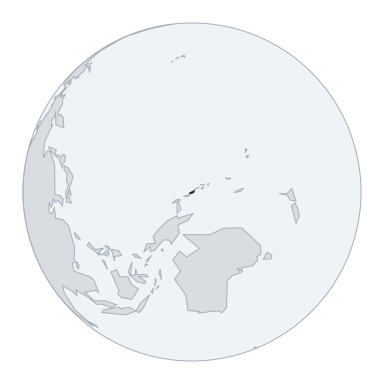 globe centered on Choiseul, rotated 297°
{"feature_id": "SLB-3508", "entity_name": "Choiseul", "entity_type": "Province", "adm_level": 1, "iso_a3": "SLB", "parent_name": "Solomon Islands", "parent_adm1": "", "projection": "orthographic", "projection_center": [157.196, -7.037], "detail": "fine", "context": "on_globe", "style": "filled", "palette": "slate", "viewbox_px": 384, "rotation_deg": 297, "n_neighbors": 0, "source": "natural_earth", "source_scale": "10m", "svg_char_len": 6596}
<svg xmlns="http://www.w3.org/2000/svg" viewBox="0 0 384 384"><g transform="rotate(297 192 192)"><circle cx="192" cy="192" r="169" fill="#eef3f6" stroke="#a8b0b8"/><path d="M254.9,220.1L255.0,221.3L254.8,221.5L254.9,220.1ZM333.1,99.0L329.8,94.4L318.2,80.3L302.2,64.2L305.4,66.8L301.2,63.1L297.0,59.8L295.3,58.7L275.1,45.6L259.9,39.8L259.4,41.4L256.1,38.8L258.1,44.7L252.6,46.2L256.2,42.6L254.5,40.9L249.4,40.6L246.6,38.9L242.6,38.0L239.7,36.1L242.0,34.8L240.2,33.7L236.7,33.7L231.6,32.2L237.0,32.4L228.7,30.0L231.0,28.5L247.7,32.6L247.1,32.3L258.6,36.7L269.7,42.0L280.4,48.0L290.7,54.8L300.4,62.4L309.5,70.6L318.1,79.5L325.9,89.0L333.1,99.0ZM309.1,124.3L307.8,120.7L310.3,122.9L309.1,124.3ZM305.8,118.5L306.5,119.7L305.7,118.7L305.8,118.5ZM304.4,117.8L305.4,118.3L304.4,118.1L304.4,117.8ZM302.7,117.3L303.6,117.4L303.5,117.6L302.7,117.3ZM299.6,115.5L298.8,115.0L299.5,114.7L299.6,115.5ZM294.9,58.6L297.2,60.0L302.0,63.8L300.5,62.8L294.9,58.6ZM285.4,52.3L285.7,52.2L290.3,55.5L288.7,54.5L285.4,52.3ZM259.7,43.2L262.0,43.4L260.7,43.9L259.7,43.2ZM242.5,38.2L242.8,38.8L240.6,38.1L242.5,38.2ZM234.1,34.8L230.5,33.7L234.6,34.5L234.1,34.8ZM228.7,33.0L220.0,31.0L219.7,32.0L215.5,28.6L224.3,31.1L229.4,31.8L227.4,32.1L228.7,33.0ZM214.6,27.4L212.8,26.9L215.1,27.2L214.6,27.4ZM161.0,25.9L163.3,25.5L163.8,25.7L157.9,26.9L167.9,26.1L167.7,27.5L169.8,26.8L176.0,26.7L176.2,26.2L177.7,25.9L193.7,26.8L195.9,27.7L205.2,28.4L206.3,28.2L205.2,27.5L215.5,28.6L219.7,32.0L217.0,32.2L221.5,34.6L214.8,35.0L211.3,36.8L201.4,36.6L199.5,38.6L201.5,39.4L200.3,43.0L191.2,48.6L189.9,40.4L201.9,33.7L196.2,35.8L194.9,34.5L191.3,34.8L187.6,36.7L188.7,37.4L169.5,37.9L155.3,44.0L162.6,44.4L163.8,47.2L154.0,57.2L127.7,70.9L129.0,76.9L126.9,80.7L120.8,82.6L123.8,77.0L120.6,74.8L123.2,71.7L114.4,73.7L117.8,69.4L109.3,73.6L108.9,77.1L115.4,76.5L106.6,82.7L108.9,89.5L105.5,97.8L89.2,112.7L78.1,117.5L76.6,120.4L74.1,117.3L67.9,123.2L70.1,139.6L69.0,144.5L60.3,154.3L60.6,150.6L54.0,142.2L50.6,154.2L55.5,163.8L57.2,175.8L52.4,172.3L51.0,162.0L48.7,158.7L50.9,148.1L52.0,133.3L47.3,136.6L49.2,130.6L49.9,119.3L44.1,124.0L33.8,141.5L29.8,157.4L27.4,165.1L30.6,143.6L35.3,129.1L34.4,131.1L34.9,129.7L39.8,118.6L45.5,107.8L51.9,97.5L59.1,87.7L67.0,78.4L75.5,69.7L84.6,61.6L94.2,54.2L104.4,47.5L115.0,41.6L126.1,36.4L137.4,32.1L149.1,28.6L161.0,25.9ZM80.4,317.4L82.9,319.2L82.9,319.7L80.4,317.4ZM88.9,203.8L93.2,204.6L93.1,205.4L88.9,203.8ZM84.3,201.0L89.0,201.3L83.7,202.8L84.3,201.0ZM90.9,201.4L95.7,199.9L97.8,198.7L97.5,200.3L90.9,201.4ZM81.3,201.1L65.8,201.2L60.1,199.3L61.1,196.3L70.3,196.7L81.3,201.1ZM60.7,196.2L52.4,188.6L43.6,166.3L46.7,166.3L56.4,179.3L55.7,181.8L60.7,188.0L60.7,196.2ZM82.0,180.6L81.3,188.2L72.5,187.6L68.6,186.5L66.0,177.0L67.4,172.2L70.5,172.2L84.0,156.0L88.4,160.0L83.8,166.7L87.5,173.1L82.0,180.6ZM29.8,158.8L29.4,167.9L28.4,169.9L29.8,158.8ZM90.9,145.1L84.5,151.9L90.7,142.9L90.9,145.1ZM95.4,136.8L95.1,140.2L93.4,136.8L95.4,136.8ZM75.2,124.9L71.9,125.8L72.5,123.5L77.1,121.0L75.2,124.9ZM102.9,105.2L100.4,111.6L98.9,113.8L98.6,109.8L102.9,105.2ZM166.0,25.1L165.0,25.2L164.2,25.3L166.0,25.1ZM224.8,286.8L229.0,288.9L225.3,293.8L219.3,298.4L211.3,298.9L224.8,286.8ZM168.3,292.8L164.4,286.0L172.2,286.3L172.1,291.9L168.3,292.8ZM229.3,283.4L232.4,278.1L230.0,270.4L233.9,277.7L240.6,279.3L231.1,288.8L229.3,283.4ZM129.1,263.7L104.6,275.2L98.2,273.6L97.5,268.2L86.9,252.4L88.8,252.7L84.6,242.2L97.7,232.8L106.4,216.1L116.4,217.6L122.4,205.9L133.5,207.5L131.7,216.8L145.0,224.2L149.9,203.4L162.0,227.2L174.4,236.9L182.6,252.8L175.2,277.6L167.2,281.8L163.9,279.0L161.1,281.4L154.1,279.7L146.6,270.5L144.0,273.0L144.9,266.7L141.9,272.1L136.6,266.3L129.1,263.7ZM210.9,230.3L213.6,231.4L219.0,236.4L214.6,234.9L210.9,230.3ZM248.4,223.6L250.5,225.9L247.4,225.8L248.4,223.6ZM254.8,221.5L251.1,221.6L254.9,220.1L254.8,221.5ZM220.3,218.3L221.9,220.0L221.0,220.4L220.3,218.3ZM219.1,217.6L220.1,215.5L220.4,217.9L219.1,217.6ZM205.0,203.2L206.3,202.2L207.0,203.2L205.0,203.2ZM99.7,204.9L105.3,199.1L108.8,198.7L99.7,204.9ZM202.6,200.4L199.1,199.7L199.3,198.5L202.6,200.4ZM202.5,197.6L201.9,195.8L204.6,200.2L202.5,197.6ZM195.4,192.8L199.9,196.4L195.0,193.1L195.4,192.8ZM193.0,192.9L189.9,191.2L190.1,190.7L193.0,192.9ZM162.2,191.4L173.2,202.6L165.2,201.4L155.9,194.2L150.1,199.4L136.0,197.2L138.8,193.9L136.5,188.3L122.9,185.2L120.1,181.5L124.7,179.5L116.2,176.2L125.4,175.3L129.5,182.7L134.9,177.5L144.9,179.7L155.2,183.1L164.1,189.5L162.2,191.4ZM126.1,191.0L127.8,191.1L126.5,193.2L126.1,191.0ZM184.1,186.4L188.6,190.5L188.1,191.4L186.1,190.5L184.1,186.4ZM166.1,188.4L175.4,183.6L177.7,184.0L171.7,190.0L166.1,188.4ZM172.8,179.5L177.4,180.9L180.1,184.6L179.2,185.4L172.8,179.5ZM107.1,183.3L106.9,185.3L104.6,183.6L107.1,183.3ZM110.0,182.2L117.1,184.8L109.5,183.9L110.0,182.2ZM90.3,174.8L92.1,179.4L97.9,176.6L93.5,180.8L97.8,188.6L96.6,191.5L92.3,183.0L91.3,191.6L88.8,191.4L87.1,184.0L89.4,175.1L92.0,171.5L102.6,170.3L90.3,174.8ZM109.8,176.5L108.1,171.1L109.5,167.6L111.4,170.5L109.8,176.5ZM103.4,158.2L99.4,152.1L95.2,154.2L104.3,146.2L106.5,153.3L103.4,158.2ZM100.9,145.0L96.9,147.0L101.5,142.3L100.9,145.0ZM96.2,145.0L96.4,140.9L99.3,141.5L96.2,145.0ZM102.9,145.3L104.7,138.5L105.6,142.5L102.9,145.3ZM96.8,132.0L101.9,138.7L94.3,135.7L96.7,123.0L100.2,122.8L96.8,132.0ZM133.8,85.5L134.5,82.5L138.4,82.0L136.8,84.2L133.8,85.5ZM151.7,79.3L139.6,81.0L130.1,83.1L131.8,84.6L127.4,89.7L126.2,84.6L134.7,79.4L141.6,78.9L145.0,74.9L151.5,72.8L153.8,67.9L157.4,66.2L157.4,70.6L151.7,79.3ZM154.5,65.9L160.9,58.3L167.2,60.2L167.1,62.3L161.6,64.9L158.6,63.7L154.5,65.9ZM164.3,57.2L161.5,56.1L165.0,45.6L167.3,44.0L167.9,52.2L165.3,51.8L163.4,54.2L164.3,57.2ZM212.1,27.1L212.8,26.9L213.5,27.3L212.1,27.1ZM177.6,25.7L179.7,25.4L180.5,25.6L177.6,25.7ZM186.1,24.8L183.7,24.7L187.1,24.7L186.1,24.8ZM178.2,24.6L183.2,24.6L177.1,24.9L178.2,24.6Z" fill="#d9dde1" stroke="#a8b0b8" stroke-width="1"/><path d="M193.0,192.9L193.0,193.0L192.9,193.0L192.7,193.2L192.4,193.1L192.4,192.9L192.2,192.9L192.2,193.0L192.1,192.9L191.9,192.9L191.7,192.9L191.7,192.7L191.4,192.6L191.2,192.5L190.9,192.2L190.7,191.8L190.5,191.6L190.3,191.5L190.2,191.5L189.9,191.2L189.8,190.9L189.9,190.7L190.0,190.7L190.1,190.8L190.3,190.8L190.5,190.9L190.6,191.1L190.8,191.2L190.9,191.3L191.1,191.4L191.3,191.5L191.5,191.6L191.8,191.8L191.8,192.0L191.9,192.3L192.0,192.4L192.1,192.5L192.3,192.6L192.5,192.7L192.5,192.8L192.8,192.8L193.0,192.8L193.0,192.9ZM193.7,193.1L193.8,193.3L193.7,193.3L193.5,193.2L193.4,193.2L193.5,193.0L193.7,193.1ZM193.2,193.1L192.9,193.1L193.0,193.1L193.2,193.1Z" fill="#64748b" stroke="#1e293b" stroke-width="1.5"/></g></svg>